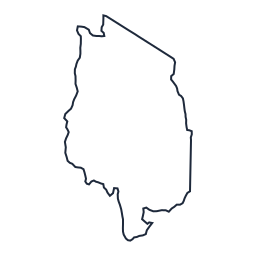 Floresta Azul, Bahia, Brazil
{"feature_id": "56859067B86811089871077", "entity_name": "Floresta Azul", "entity_type": "district", "adm_level": 2, "iso_a3": "BRA", "parent_name": "Brazil", "parent_adm1": "Bahia", "projection": "robinson", "projection_center": [-39.728, -14.846], "detail": "fine", "context": "isolated", "style": "outline", "palette": "slate", "viewbox_px": 256, "rotation_deg": 0, "n_neighbors": 0, "source": "geoboundaries", "source_scale": "gbopen_adm2", "svg_char_len": 1997}
<svg xmlns="http://www.w3.org/2000/svg" viewBox="0 0 256 256"><path d="M103.4,15.4L103.4,18.3L103.3,21.5L103.2,24.6L101.7,27.2L101.4,30.8L103.7,32.9L104.3,36.0L101.7,36.3L99.2,36.0L96.4,36.0L92.9,35.5L90.0,33.1L88.8,29.7L84.4,27.1L81.1,26.6L77.8,26.4L77.0,30.4L78.5,33.9L80.8,36.2L80.9,39.0L80.8,43.9L80.3,47.8L80.4,50.9L80.4,53.8L79.8,57.7L77.7,60.6L76.4,64.1L75.9,66.6L74.9,69.2L74.8,73.2L75.5,76.1L75.6,80.4L75.5,83.9L76.8,87.8L77.7,91.4L76.1,95.6L74.2,99.2L73.1,102.1L72.6,105.2L71.0,108.7L68.5,110.9L65.3,114.0L64.2,118.1L67.3,121.4L66.5,124.6L66.1,127.3L67.5,129.5L68.7,132.1L67.7,135.0L66.1,138.3L64.9,141.9L65.8,147.3L65.3,152.8L66.7,157.2L67.6,160.8L69.8,162.8L72.3,163.8L75.3,167.0L77.7,167.4L80.8,167.7L83.5,169.2L84.5,172.4L85.4,176.0L86.0,178.8L85.3,181.5L86.8,183.7L89.0,184.4L91.4,181.5L93.9,180.5L95.9,181.7L98.2,182.3L101.0,183.5L103.3,184.1L103.9,187.5L106.2,189.7L107.5,192.6L109.9,195.8L113.0,193.2L114.1,188.1L117.5,188.4L118.4,191.5L117.7,194.3L117.9,198.7L118.7,201.6L119.9,204.8L121.2,209.3L121.9,213.2L122.4,216.4L123.0,219.3L123.0,224.2L122.9,228.1L123.0,231.6L123.7,234.6L125.9,238.5L127.9,240.2L130.3,240.6L132.5,239.2L134.1,237.4L136.8,237.0L139.3,235.9L142.8,235.4L145.8,234.1L146.8,230.3L149.2,226.9L152.2,223.0L149.2,222.4L147.4,223.8L144.7,221.5L142.1,219.2L143.0,215.5L143.7,212.1L143.3,208.5L146.3,207.6L149.4,209.8L153.3,211.3L156.8,211.2L161.6,210.2L165.8,210.3L168.8,211.7L171.7,208.5L174.3,206.8L176.7,204.7L180.0,204.7L182.6,203.2L183.7,201.0L184.6,198.3L185.9,195.6L187.4,192.9L190.0,191.3L191.0,140.0L190.8,137.5L191.8,134.3L191.7,131.2L189.4,130.3L187.2,130.0L186.6,127.2L186.1,123.4L186.2,119.8L185.6,116.9L185.5,114.1L184.8,111.3L184.4,108.4L184.0,104.9L183.5,101.3L182.9,98.4L181.1,96.0L179.0,94.7L177.5,91.1L177.1,88.5L176.1,86.0L172.7,81.4L171.1,79.5L171.2,76.1L173.7,74.0L174.3,69.4L174.5,65.9L175.1,62.3L173.6,58.8L162.5,51.7L147.5,42.2L138.2,36.3L135.2,34.3L128.7,30.3L106.2,16.1L103.4,15.4Z" fill="none" stroke="#1e293b" stroke-width="2"/></svg>